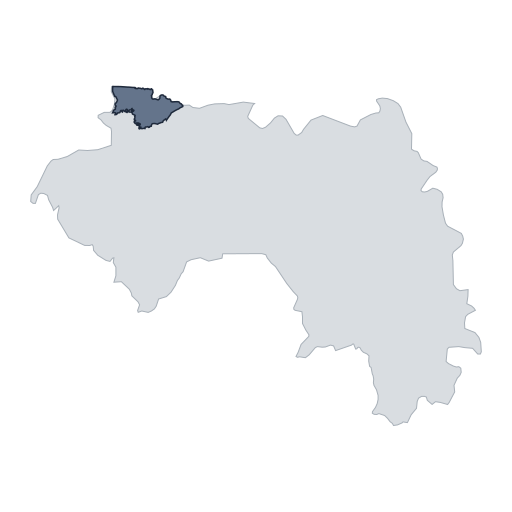 location of Koundara, Koundara, Guinea
{"feature_id": "49546643B96982587885478", "entity_name": "Koundara", "entity_type": "district", "adm_level": 2, "iso_a3": "GIN", "parent_name": "Guinea", "parent_adm1": "Koundara", "projection": "mercator", "projection_center": [-13.495, 12.338], "detail": "fine", "context": "in_parent", "style": "filled", "palette": "slate", "viewbox_px": 512, "rotation_deg": 0, "n_neighbors": 0, "source": "geoboundaries", "source_scale": "gbopen_adm2", "svg_char_len": 8393}
<svg xmlns="http://www.w3.org/2000/svg" viewBox="0 0 512 512"><path d="M322.2,347.2L317.5,346.6L315.4,347.5L309.2,354.8L305.4,357.7L299.6,356.8L297.5,357.3L296.0,356.5L298.1,352.4L301.1,344.4L308.8,336.4L308.9,334.7L305.8,330.0L302.5,323.5L302.5,316.7L301.9,311.7L295.1,310.3L293.9,309.4L293.7,307.8L297.5,299.2L297.8,297.4L297.3,295.9L293.1,291.5L286.7,283.4L275.5,266.6L271.3,263.1L267.3,258.0L265.8,254.7L261.7,253.6L222.7,253.8L222.0,258.2L208.6,261.1L200.3,257.7L191.1,259.7L186.6,261.9L183.1,271.7L181.2,273.8L179.2,278.1L177.4,280.5L175.4,285.4L171.0,292.2L166.4,296.6L158.6,299.0L156.2,306.2L154.4,308.9L151.4,311.0L148.2,312.4L141.8,311.0L138.2,312.3L137.6,310.5L139.6,304.8L138.0,301.8L131.9,295.9L131.3,293.0L129.4,289.3L121.4,281.7L113.9,282.2L115.9,275.8L115.9,267.2L113.3,262.6L113.9,257.8L112.6,258.1L110.0,261.4L106.0,260.4L97.8,255.3L93.6,250.4L93.2,246.2L92.2,244.6L89.7,245.5L84.6,245.4L68.9,237.9L57.7,219.2L57.5,215.0L59.1,207.7L58.7,205.7L53.6,210.5L52.6,207.3L48.7,199.8L47.5,195.4L43.8,193.5L40.8,193.2L38.4,194.6L35.4,203.4L33.1,203.4L30.7,201.5L31.2,194.9L37.2,186.7L47.3,165.9L51.0,161.1L53.2,159.5L58.0,159.3L67.3,156.5L78.7,150.0L87.5,150.5L97.8,149.7L111.3,145.3L111.5,131.3L111.0,128.2L106.2,125.4L103.4,123.0L101.0,119.9L98.1,117.7L98.2,115.3L104.2,112.4L109.7,112.4L111.5,111.2L112.8,109.2L114.4,104.2L114.9,98.9L111.3,91.7L111.5,86.6L131.3,87.4L142.2,88.8L151.1,89.2L152.5,90.3L151.2,95.2L152.4,98.1L155.4,98.9L160.4,95.5L163.0,96.3L168.5,100.5L173.7,101.7L179.3,104.0L184.6,105.3L189.3,105.1L192.9,107.5L199.5,108.3L208.0,105.2L214.7,103.9L224.1,103.6L229.0,104.6L243.3,102.1L254.6,103.5L252.8,105.2L247.7,116.4L248.3,118.4L259.7,127.8L262.5,128.5L265.6,127.2L270.5,122.9L274.4,118.1L278.1,115.8L282.5,116.0L286.0,119.3L294.1,133.3L296.2,135.1L298.1,135.1L301.7,132.5L303.5,129.4L311.0,120.1L322.7,115.5L350.5,126.1L354.6,126.9L357.0,126.1L360.4,119.9L370.9,114.5L375.9,113.0L378.8,112.8L379.9,111.1L380.4,108.6L379.8,105.9L376.6,101.1L376.5,99.7L378.3,98.8L382.3,98.1L387.5,98.6L393.3,100.7L398.0,103.6L400.7,107.2L405.9,122.0L411.8,133.6L411.5,149.2L414.1,150.8L417.0,151.4L418.3,152.7L421.1,159.1L423.8,160.9L427.0,161.4L433.0,165.5L436.9,167.1L437.4,168.3L437.3,170.0L435.8,172.2L430.0,176.5L427.1,180.2L421.2,189.0L421.0,190.6L422.3,191.8L424.7,192.0L427.3,191.4L432.8,188.2L437.1,189.3L441.2,191.8L442.7,194.3L443.1,197.7L442.1,202.0L442.0,206.8L443.4,215.0L445.5,223.2L447.6,226.2L461.3,233.4L462.7,236.1L463.4,239.1L462.4,243.3L461.0,245.6L453.4,252.0L452.3,255.0L452.9,260.7L453.4,284.6L456.4,288.7L459.9,290.7L468.1,289.6L467.9,296.2L466.8,303.7L471.6,306.0L474.0,308.2L475.4,310.3L467.8,314.3L465.6,316.6L464.5,322.8L464.8,328.5L475.0,332.6L478.9,337.4L480.7,342.4L481.3,351.8L480.4,354.0L477.7,354.0L472.6,348.3L464.7,347.6L458.8,346.6L449.0,347.3L447.3,349.0L446.1,361.5L448.5,363.6L453.2,366.0L456.3,367.0L458.8,366.7L460.8,368.2L461.2,372.3L459.9,375.3L457.3,378.1L454.0,385.3L454.7,391.9L449.2,402.4L447.6,404.5L440.3,402.4L435.5,401.7L432.1,404.4L427.3,400.3L426.4,397.1L424.7,396.4L421.5,396.4L418.5,398.2L417.2,401.5L416.5,408.3L411.2,414.7L407.4,422.6L403.0,421.9L402.1,422.9L397.5,424.9L393.5,425.5L392.4,423.4L390.1,421.7L387.5,418.3L384.6,415.5L378.9,413.6L376.7,414.5L374.1,414.3L372.3,413.2L372.5,411.6L375.5,407.4L377.2,403.6L378.1,399.4L378.1,395.4L376.5,389.8L374.0,385.4L373.4,382.8L373.7,379.1L373.1,375.7L372.3,373.9L371.1,367.5L369.6,366.3L368.7,361.1L369.0,355.8L366.8,353.8L363.4,352.3L361.3,350.2L360.1,347.9L358.8,347.2L357.8,347.4L356.8,348.8L355.7,349.1L353.7,344.1L352.9,343.9L351.5,345.1L335.6,350.6L333.6,345.9L330.5,345.1L325.3,347.0L322.2,347.2Z" fill="#d9dde1" stroke="#a8b0b8" stroke-width="1"/><path d="M166.7,119.8L167.4,118.8L168.1,117.8L169.1,116.4L170.3,114.9L171.3,112.9L173.2,111.8L174.8,110.8L177.0,109.6L178.7,108.9L180.1,107.8L182.7,106.6L182.9,106.0L182.8,105.7L182.7,105.7L182.0,104.9L181.5,104.1L181.2,103.8L180.2,103.5L179.2,102.1L178.5,101.8L177.7,101.7L176.1,101.7L173.6,101.8L173.3,101.9L172.2,101.9L171.1,101.6L170.9,101.1L170.7,100.1L170.2,99.6L170.1,99.3L169.8,99.3L169.5,99.0L169.2,99.0L168.3,99.2L167.7,99.0L166.3,98.3L165.8,97.8L165.8,96.9L165.6,96.5L164.1,96.1L163.8,95.8L163.5,95.3L163.0,95.0L162.6,95.0L162.2,94.9L161.9,94.9L160.9,95.2L160.3,95.6L160.0,96.2L159.8,98.3L159.3,99.0L158.1,99.9L156.0,99.2L155.9,99.1L155.1,98.9L154.4,98.9L153.7,99.1L153.0,99.1L152.4,98.9L152.1,98.6L151.8,98.1L151.6,97.4L151.7,96.6L151.4,95.7L151.5,95.4L152.1,94.9L152.4,93.7L152.9,92.8L153.0,92.4L152.9,91.8L152.7,90.6L152.7,90.0L152.1,89.7L151.6,88.8L151.4,88.8L151.2,88.8L150.7,89.4L150.2,89.6L149.3,89.1L148.8,89.1L147.9,88.6L147.6,88.6L147.2,89.1L146.8,88.8L145.6,88.8L145.1,89.0L144.8,89.5L144.6,89.5L144.1,88.9L143.3,88.6L143.2,88.3L143.1,88.2L142.6,88.2L141.9,88.8L141.6,88.8L141.0,88.5L140.0,88.2L139.3,88.2L138.5,88.0L138.3,88.0L138.1,88.3L137.9,88.3L137.5,88.6L136.3,88.6L135.7,88.5L135.6,88.0L135.4,87.8L135.2,87.9L134.9,88.1L134.7,87.9L134.7,87.5L132.1,87.4L128.4,87.1L127.9,87.2L127.5,87.1L120.7,86.6L112.8,86.5L112.6,88.5L112.6,91.3L113.3,93.0L114.7,96.3L114.8,96.5L115.0,96.6L115.3,96.6L115.5,96.5L115.8,96.7L115.9,96.8L116.6,98.2L116.6,98.3L116.6,98.5L116.8,98.8L117.3,99.5L117.5,100.0L117.4,100.3L117.3,100.5L117.2,100.7L117.1,101.0L117.0,101.3L116.9,101.5L116.8,101.8L116.6,102.0L116.5,102.3L116.4,102.5L116.2,102.7L116.1,102.9L115.9,103.0L115.7,103.1L115.5,103.3L115.4,103.4L115.4,103.5L115.2,103.8L115.2,104.0L115.1,104.3L115.1,104.5L115.1,104.8L115.2,105.1L115.3,105.2L115.4,105.4L115.5,105.5L115.7,105.8L115.8,105.9L115.9,106.1L116.0,106.1L116.0,106.3L116.0,106.5L115.9,106.7L115.9,106.8L115.7,106.9L115.5,107.0L115.4,107.1L115.3,107.3L115.2,107.3L115.2,107.5L115.1,107.8L115.2,108.0L115.3,108.2L115.3,108.3L115.4,108.5L115.4,108.8L115.4,109.0L115.2,109.2L115.2,109.3L114.9,109.5L114.7,109.5L114.3,109.7L114.2,109.8L113.9,110.0L113.7,110.3L113.4,110.5L113.2,111.2L113.1,111.7L113.0,111.9L112.9,112.3L112.8,112.5L112.7,112.6L112.6,112.8L113.8,112.7L114.5,112.5L115.2,112.7L115.7,113.1L115.6,113.7L115.0,114.3L115.0,114.7L115.6,114.6L116.3,114.5L116.9,114.1L117.3,113.5L117.5,113.0L118.2,112.8L118.6,112.9L119.2,112.8L119.8,112.6L120.1,112.1L120.3,111.3L120.7,110.7L121.1,110.4L121.5,110.8L121.7,111.3L122.0,111.8L122.4,112.1L122.7,111.8L122.6,110.9L122.7,110.6L122.9,110.3L123.1,110.3L123.6,110.3L124.1,110.7L124.4,111.1L124.6,111.4L125.3,111.8L125.7,111.8L126.0,111.9L126.5,112.2L127.0,112.5L127.3,112.2L127.3,111.9L127.1,111.6L126.7,111.3L126.1,111.1L125.7,110.8L125.7,110.3L126.0,109.5L126.4,109.2L126.8,109.2L127.2,109.5L127.5,110.1L127.8,110.8L128.2,111.3L128.6,111.7L129.1,112.0L129.2,111.7L129.1,111.0L129.0,110.5L129.1,110.2L129.7,109.9L130.3,110.0L131.0,109.8L131.3,109.4L131.6,108.7L132.0,108.5L132.4,109.2L132.2,109.8L131.9,110.2L131.7,110.6L131.9,110.8L132.4,110.8L132.8,110.3L133.1,109.9L133.7,110.1L133.9,110.5L133.5,111.1L133.3,111.3L132.8,111.4L132.1,111.5L131.7,111.5L131.0,111.7L130.7,112.1L131.2,112.3L131.9,112.5L132.2,112.8L132.3,113.5L132.4,113.9L132.9,114.3L133.6,114.6L134.1,114.8L134.8,115.1L135.1,115.4L135.1,116.0L134.7,116.3L134.8,116.7L134.9,117.4L134.9,118.0L134.7,118.4L134.2,119.1L134.4,119.7L134.5,120.2L135.4,120.2L135.6,120.8L135.0,121.2L134.7,121.4L134.1,121.9L134.3,122.4L134.8,122.9L135.0,123.3L136.1,123.1L135.9,123.6L136.2,124.2L136.8,125.1L137.2,125.2L138.4,125.4L139.0,124.8L139.1,124.3L138.2,124.2L137.7,124.5L137.6,123.6L137.7,123.2L137.9,122.9L138.9,123.2L139.2,123.4L139.7,123.6L140.1,123.8L140.3,124.3L140.1,124.8L139.6,125.3L139.4,125.9L139.3,126.3L139.2,126.8L140.2,127.0L140.8,127.1L140.8,127.5L140.5,127.8L140.0,127.8L139.4,127.7L139.0,127.8L138.9,128.3L139.3,128.9L139.9,128.7L140.6,128.4L141.5,128.4L141.8,128.7L142.6,128.6L143.2,128.4L143.6,128.4L144.5,128.4L144.9,128.6L145.1,128.2L144.9,127.9L145.1,127.3L145.5,127.0L146.5,127.0L147.2,126.8L147.8,126.6L148.1,126.9L148.5,127.4L149.3,127.3L149.6,127.0L149.6,126.6L150.4,126.4L150.9,126.3L151.3,126.2L151.3,125.7L151.3,125.4L151.5,125.2L151.6,124.8L151.8,124.3L152.1,123.9L152.5,123.7L152.9,123.6L153.3,123.6L154.1,123.5L154.4,123.6L154.9,123.5L155.6,123.7L156.3,123.9L157.0,124.0L157.7,124.2L158.3,123.7L159.0,123.3L160.0,123.1L160.4,122.7L161.1,122.6L161.8,122.4L162.6,122.3L162.9,121.6L163.2,120.9L163.6,120.5L164.0,120.1L164.4,119.9L164.9,119.7L165.2,119.2L165.6,119.0L165.7,119.5L166.5,119.8L166.7,119.7L166.7,119.8Z" fill="#64748b" stroke="#1e293b" stroke-width="1.5"/></svg>